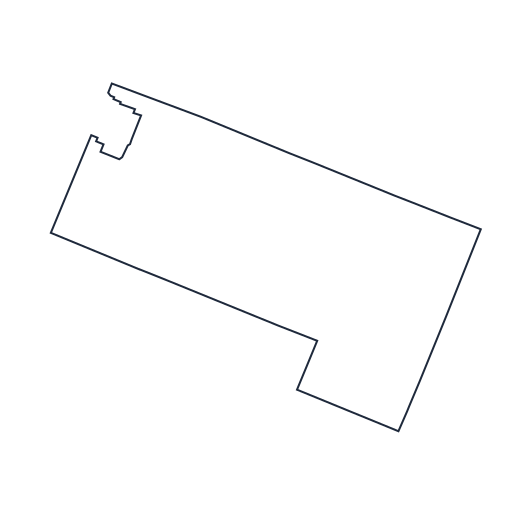 Albany, Wyoming, United States of America (orthographic projection), rotated 292°
{"feature_id": "52423323B70770360045395", "entity_name": "Albany", "entity_type": "district", "adm_level": 2, "iso_a3": "USA", "parent_name": "United States of America", "parent_adm1": "Wyoming", "projection": "orthographic", "projection_center": [-105.646, 41.715], "detail": "fine", "context": "isolated", "style": "outline", "palette": "slate", "viewbox_px": 512, "rotation_deg": 292, "n_neighbors": 0, "source": "geoboundaries", "source_scale": "gbopen_adm2", "svg_char_len": 649}
<svg xmlns="http://www.w3.org/2000/svg" viewBox="0 0 512 512"><g transform="rotate(292 256 256)"><path d="M174.2,454.3L201.2,454.7L270.3,454.9L271.5,454.9L365.0,454.4L364.5,421.7L364.1,376.3L363.9,362.3L364.0,272.1L363.8,248.5L364.4,152.5L361.9,57.7L352.0,57.8L350.1,61.1L350.1,65.0L348.1,65.1L348.0,72.9L346.1,73.0L346.8,88.8L342.7,88.8L343.3,96.8L317.8,97.0L312.5,97.3L310.5,95.7L297.5,94.9L294.5,93.0L294.4,72.8L302.4,72.8L302.4,64.8L306.3,64.8L306.3,58.0L200.6,57.1L199.9,153.0L200.0,153.0L200.1,181.7L199.8,302.8L200.3,344.5L171.2,344.3L147.4,344.1L146.9,453.7L168.6,454.3L174.2,454.3Z" fill="none" stroke="#1e293b" stroke-width="2"/></g></svg>